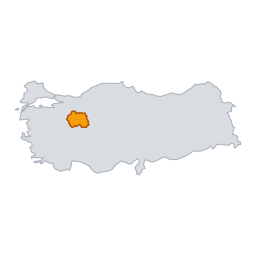 location of Eskisehir within Turkey
{"feature_id": "TUR-2269", "entity_name": "Eskisehir", "entity_type": "Province", "adm_level": 1, "iso_a3": "TUR", "parent_name": "Turkey", "parent_adm1": "", "projection": "orthographic", "projection_center": [31.246, 39.627], "detail": "fine", "context": "in_parent", "style": "filled", "palette": "amber", "viewbox_px": 256, "rotation_deg": 0, "n_neighbors": 0, "source": "natural_earth", "source_scale": "10m", "svg_char_len": 4740}
<svg xmlns="http://www.w3.org/2000/svg" viewBox="0 0 256 256"><path d="M194.9,84.2L198.5,85.1L199.5,84.0L202.7,83.7L205.6,84.1L206.9,81.8L209.0,81.8L209.5,82.8L210.5,83.0L213.8,85.3L213.5,85.7L214.3,86.6L216.9,86.9L217.4,88.2L219.6,90.0L221.1,93.0L220.8,95.2L219.9,96.7L222.1,101.2L221.7,101.9L225.0,103.0L228.9,102.2L230.2,102.7L234.6,105.8L235.7,107.1L232.9,105.7L231.6,107.5L231.4,111.2L227.3,112.5L228.3,114.8L229.6,115.7L229.5,118.0L229.9,118.9L231.3,120.2L231.4,122.2L232.2,124.3L232.6,126.8L234.4,127.4L233.8,128.7L232.6,134.1L232.7,134.5L234.1,134.5L237.4,136.4L237.0,137.3L237.8,140.6L240.6,142.3L240.4,143.5L240.6,144.6L238.7,144.4L235.3,147.9L234.9,147.9L234.2,146.9L233.7,144.0L232.7,143.3L231.5,143.3L229.6,145.0L227.7,145.2L225.8,145.2L220.6,144.0L218.8,144.9L216.8,144.5L213.5,148.6L212.4,149.0L211.7,147.3L210.2,146.4L208.7,148.0L202.5,150.5L199.5,151.2L195.8,151.0L192.9,151.5L185.1,156.4L177.4,159.3L170.3,159.7L166.2,157.5L163.1,157.2L154.3,161.7L149.9,161.9L148.3,160.4L144.8,159.9L144.2,161.5L143.7,165.2L145.1,168.5L143.1,168.8L141.9,169.6L141.7,172.2L140.0,173.2L139.5,174.8L139.2,174.9L136.3,173.8L137.0,172.5L135.0,167.9L135.8,166.4L139.3,162.4L139.1,160.2L137.4,158.7L132.9,161.8L132.5,162.8L131.5,163.7L129.8,164.2L121.3,160.9L116.5,164.2L112.5,169.0L109.4,170.8L100.1,172.3L98.5,173.3L95.3,172.3L93.3,171.1L89.0,165.9L80.9,161.9L72.3,160.9L71.6,161.9L71.2,166.0L69.8,169.9L69.1,170.3L67.2,169.3L60.6,171.4L55.0,168.8L54.0,167.7L52.9,163.2L52.1,162.8L51.1,163.5L50.2,163.4L46.2,161.4L44.1,161.2L42.7,163.0L40.5,163.7L40.5,163.2L41.4,162.0L38.0,162.1L36.2,162.9L33.8,162.3L33.9,161.8L35.9,161.2L40.5,160.7L43.4,157.9L32.7,157.6L31.6,158.2L31.5,156.6L32.2,156.0L35.0,155.5L34.9,154.2L33.2,152.8L31.4,152.0L30.6,148.7L29.7,147.8L29.9,147.4L31.6,146.9L32.1,144.6L31.9,143.1L28.5,141.7L27.7,141.8L27.0,140.5L25.5,139.5L24.3,140.2L21.0,138.0L21.7,136.7L22.5,136.8L22.7,135.7L22.2,133.8L22.3,132.9L23.0,132.7L23.9,132.9L24.7,134.0L24.7,136.1L25.5,137.4L26.2,136.2L27.8,136.9L30.6,136.4L31.2,135.9L29.1,135.9L28.4,135.3L26.9,131.8L28.6,130.9L29.9,129.3L27.7,128.1L28.2,125.8L26.3,123.0L29.2,119.7L29.1,119.2L28.2,119.0L19.9,120.0L19.8,118.5L20.5,117.2L20.7,113.9L21.1,112.2L22.7,111.7L24.7,109.2L27.8,106.3L31.0,106.5L32.3,105.8L34.1,105.8L34.6,107.0L36.2,107.9L39.1,107.9L40.6,107.2L39.3,105.6L40.9,105.2L42.2,105.6L41.5,107.2L41.9,107.4L45.6,107.0L49.5,107.6L53.9,107.5L54.4,107.0L51.4,105.2L53.4,103.8L54.5,103.6L63.6,102.4L63.6,102.1L58.1,101.2L55.3,99.2L54.5,98.2L55.1,95.6L55.8,95.0L57.8,94.9L64.5,96.2L69.3,95.6L74.6,97.3L79.7,97.0L80.7,96.2L82.0,93.8L89.1,89.7L91.5,87.5L102.4,83.2L118.9,83.4L121.7,81.7L123.3,82.1L122.9,83.2L123.1,84.2L125.1,86.6L128.1,87.9L132.1,86.5L133.6,86.9L135.3,90.6L138.0,92.8L139.2,92.9L140.6,91.4L142.1,91.2L144.6,92.4L145.5,93.7L153.5,94.7L155.3,95.8L160.7,96.5L172.2,92.8L176.7,94.2L180.4,94.5L181.9,94.0L186.4,91.3L187.7,89.9L190.6,88.6L194.0,85.7L194.9,84.2ZM43.3,83.3L43.0,85.0L43.6,87.0L45.2,89.6L46.8,91.0L54.7,94.8L53.5,98.1L51.5,98.6L44.6,96.8L41.8,98.0L39.8,97.6L36.9,98.1L36.1,100.1L34.0,102.3L28.3,104.9L22.9,110.3L21.4,110.9L22.2,109.0L22.2,107.3L24.6,105.5L27.8,104.2L28.6,103.0L20.8,102.8L20.1,101.0L21.0,100.7L23.7,97.7L24.0,96.5L23.9,93.5L27.1,91.9L27.3,91.2L27.0,88.2L24.2,86.3L24.3,85.4L26.4,84.7L27.7,82.7L30.7,82.5L32.2,81.5L34.8,81.1L37.9,83.8L41.8,83.0L43.3,83.3ZM18.8,109.8L16.1,110.1L15.4,109.6L16.2,108.8L18.3,108.3L18.9,109.2L18.8,109.8Z" fill="#d9dde1" stroke="#a8b0b8" stroke-width="1"/><path d="M73.7,111.1L74.4,111.4L75.2,111.5L75.7,112.1L75.8,113.0L75.8,113.4L76.1,113.4L76.6,113.4L77.7,112.9L78.3,113.0L78.6,113.2L78.9,113.3L79.3,113.1L79.6,112.8L80.6,112.9L80.9,112.9L81.2,112.8L81.7,113.3L82.0,113.2L82.4,113.3L82.9,113.2L83.7,113.2L84.1,113.1L84.6,113.4L85.1,113.3L85.1,113.7L85.3,114.0L85.3,114.4L85.5,114.9L85.8,115.3L86.1,115.5L86.5,115.5L86.8,116.0L86.9,116.5L86.5,117.0L86.5,117.8L87.1,119.4L87.7,119.9L87.9,120.2L87.9,120.7L88.1,120.9L88.2,121.2L88.2,121.7L88.2,122.2L88.1,122.6L88.1,122.8L88.2,123.5L88.4,123.9L88.8,124.1L88.9,124.6L88.7,124.9L88.4,125.2L88.1,125.2L87.9,125.3L87.8,125.5L87.7,125.6L87.0,125.9L86.8,126.1L86.7,126.6L86.6,127.0L86.5,127.3L85.6,127.4L84.9,127.3L84.4,127.2L83.5,127.2L82.0,127.4L81.1,126.7L80.5,125.4L79.7,124.5L79.2,124.6L78.8,125.0L78.4,125.3L77.9,125.4L77.1,126.1L76.3,126.4L75.7,125.8L75.2,125.6L74.7,125.9L74.0,126.6L73.2,127.1L72.8,127.3L72.3,127.4L71.7,127.1L71.4,126.9L71.1,126.5L70.9,126.0L70.6,125.7L70.2,125.6L70.0,124.6L68.8,123.1L68.7,121.9L68.4,121.0L67.1,119.8L66.7,119.0L67.3,118.3L67.8,117.4L68.0,115.9L68.3,115.6L68.6,115.4L68.8,115.1L69.0,114.8L69.6,114.6L70.2,114.6L70.8,114.2L71.2,113.5L71.4,112.7L71.6,111.9L72.5,111.2L73.7,111.1Z" fill="#f59e0b" stroke="#b45309" stroke-width="1.5"/></svg>